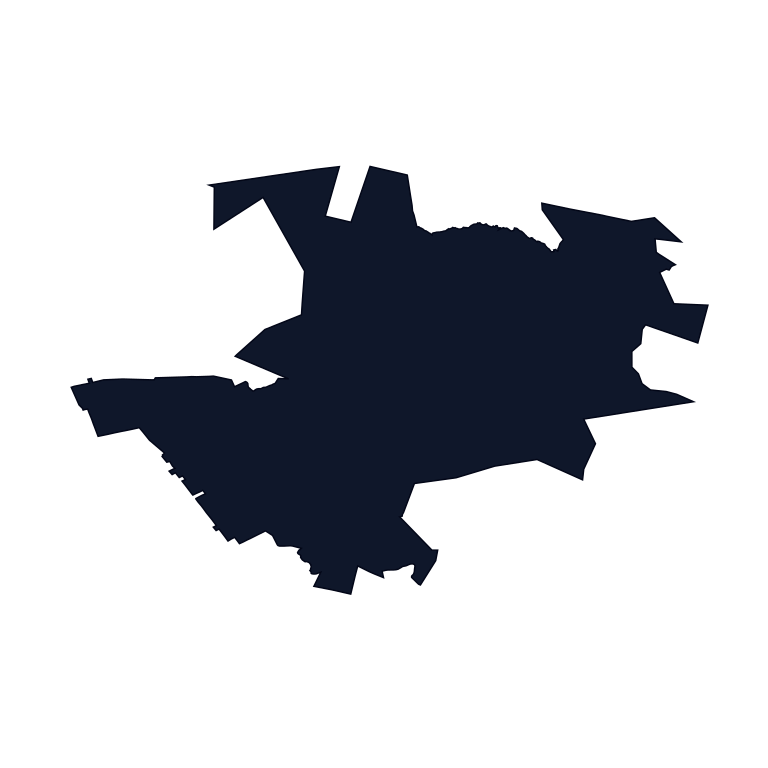 Peñón Blanco, Durango, Mexico (Equal Earth projection), rotated 99°
{"feature_id": "50627088B91446374874512", "entity_name": "Peñón Blanco", "entity_type": "district", "adm_level": 2, "iso_a3": "MEX", "parent_name": "Mexico", "parent_adm1": "Durango", "projection": "equal_earth", "projection_center": [-104.068, 24.769], "detail": "fine", "context": "isolated", "style": "filled", "palette": "ink", "viewbox_px": 768, "rotation_deg": 99, "n_neighbors": 0, "source": "geoboundaries", "source_scale": "gbopen_adm2", "svg_char_len": 6094}
<svg xmlns="http://www.w3.org/2000/svg" viewBox="0 0 768 768"><g transform="rotate(99 384 384)"><path d="M436.9,173.4L409.9,165.8L387.4,181.3L353.1,75.6L348.4,93.3L347.3,104.1L348.2,119.9L343.3,129.2L334.2,134.3L328.6,141.8L313.1,144.3L304.0,136.7L289.6,137.5L284.6,134.9L294.4,80.5L255.5,76.4L259.4,110.2L230.7,129.2L226.4,123.2L226.8,120.2L223.1,118.6L221.9,117.1L220.6,114.9L212.8,132.8L211.3,135.7L198.2,139.0L197.9,133.2L197.1,112.7L177.5,142.8L184.7,165.1L183.5,190.5L183.2,194.5L182.1,228.6L180.7,256.4L187.2,254.9L213.2,229.5L214.9,230.2L215.8,230.9L217.8,232.1L221.9,232.8L222.3,233.0L222.8,232.9L223.5,233.5L223.8,233.2L224.3,233.0L225.1,232.8L225.6,233.5L225.5,233.9L225.2,234.1L224.7,234.9L224.4,235.3L224.3,235.5L225.1,237.4L226.4,236.9L226.6,236.8L226.8,237.0L227.2,239.1L227.1,239.7L224.8,242.1L224.6,242.8L223.5,244.7L222.9,245.2L222.4,246.0L221.7,246.6L221.2,246.8L220.7,247.2L220.5,247.9L220.3,248.8L220.2,249.5L220.2,249.8L220.3,250.3L219.9,251.1L219.5,251.7L219.2,252.4L219.0,253.3L218.9,254.4L219.0,254.7L219.6,254.8L219.6,255.2L219.1,256.3L218.2,257.6L218.1,257.9L217.8,258.8L217.6,259.6L217.5,259.9L217.4,260.0L216.9,259.8L216.7,260.0L216.5,260.9L216.5,261.4L216.7,261.8L217.4,262.3L217.4,262.7L217.3,263.6L216.8,264.7L216.0,266.2L215.8,266.4L215.5,266.6L214.3,268.4L213.4,269.4L211.8,271.9L211.6,272.7L211.5,273.3L211.6,273.8L209.7,276.8L209.5,277.7L209.6,278.2L209.4,279.4L209.6,279.6L212.0,279.9L212.2,280.1L212.3,280.6L212.8,281.5L213.0,282.3L212.6,283.0L212.8,283.6L212.2,284.2L212.3,284.5L212.1,284.7L211.7,285.1L211.0,286.5L210.9,286.9L210.8,287.2L210.9,287.4L211.4,289.0L211.4,289.6L211.0,289.9L210.9,290.6L213.7,294.8L211.6,293.8L212.0,295.8L211.2,296.3L210.0,296.9L210.0,297.8L210.1,298.1L210.2,298.3L210.5,298.5L210.8,298.7L211.3,298.7L211.3,299.9L211.2,300.3L210.9,300.7L211.6,301.6L212.2,302.0L212.1,302.5L211.9,303.4L211.5,305.5L210.9,306.8L210.5,307.3L210.1,307.7L209.9,308.1L210.0,308.5L210.9,309.7L211.3,310.7L211.2,311.8L211.1,313.0L210.6,313.3L210.6,313.8L210.1,314.1L209.8,314.4L209.9,314.8L210.3,315.7L210.2,316.6L211.3,317.3L211.6,317.9L211.9,319.4L212.3,320.5L212.6,321.0L213.2,321.4L213.7,322.5L214.1,322.8L215.1,323.7L216.2,324.3L216.4,324.7L216.7,325.9L216.8,326.7L216.6,327.6L217.0,328.1L217.0,328.8L216.7,329.6L217.0,330.3L218.1,330.9L218.6,331.9L219.1,333.0L219.3,334.6L219.0,335.8L219.0,336.4L218.9,337.2L218.5,338.1L218.9,338.7L218.7,339.3L218.7,339.5L218.9,340.0L218.6,340.6L219.3,341.3L220.0,342.1L220.2,342.8L220.6,343.3L220.7,343.7L220.5,344.3L220.9,344.6L220.9,344.9L221.2,345.2L221.6,345.3L221.8,345.6L222.0,346.1L223.0,346.8L223.8,349.2L224.1,349.6L224.2,350.0L224.6,350.8L224.9,351.9L225.2,352.7L225.7,355.2L226.0,356.3L226.5,357.0L226.7,358.0L227.0,358.6L227.1,359.0L227.5,359.6L227.9,359.9L229.3,359.8L228.6,361.4L227.9,362.3L227.9,362.9L227.3,363.9L226.8,365.1L226.2,366.5L226.3,366.9L226.1,367.8L225.6,368.8L225.0,369.6L224.8,370.3L224.5,370.9L224.4,371.5L224.1,372.0L224.3,372.5L223.7,373.5L223.3,374.2L223.7,376.1L212.4,380.8L208.6,382.9L203.0,384.3L194.8,387.0L174.0,393.7L171.3,431.8L229.4,441.9L227.4,468.3L176.3,462.1L182.6,484.5L214.9,587.8L216.1,582.4L257.7,576.2L218.6,532.6L284.9,480.1L317.2,477.4L328.6,476.3L348.8,510.1L378.1,534.0L379.9,535.3L391.3,489.4L393.8,478.9L395.1,489.3L400.4,491.6L401.7,493.8L402.4,494.5L403.4,496.6L405.7,500.1L406.3,502.7L407.2,503.8L408.0,505.2L408.2,506.9L408.8,508.8L409.9,510.3L410.4,510.6L411.0,511.3L411.5,512.1L411.3,512.9L410.7,513.7L410.0,515.2L409.6,515.4L409.1,516.4L408.2,517.6L407.1,518.0L405.6,518.4L404.8,518.6L403.9,519.5L403.5,520.3L403.3,521.3L404.8,523.4L410.1,531.2L403.9,535.3L402.9,553.7L403.8,557.7L406.2,570.2L406.8,575.0L407.8,579.6L413.7,610.8L415.8,611.6L416.2,613.7L420.0,642.9L423.8,661.6L428.1,671.9L424.3,674.0L424.7,675.0L425.6,677.2L427.5,676.2L429.4,675.1L429.8,676.4L430.7,678.7L431.9,682.1L432.5,683.5L434.8,689.7L436.2,692.4L452.4,681.9L455.2,678.0L456.8,677.1L456.0,675.5L455.1,672.8L455.7,672.4L458.9,670.6L463.9,667.5L469.6,664.4L471.1,663.5L480.4,658.2L476.9,648.9L474.3,642.4L471.4,634.7L470.9,633.2L468.3,626.3L465.4,618.9L469.2,614.5L476.3,606.7L477.2,605.1L479.4,601.6L486.5,590.0L487.5,590.6L488.8,591.7L489.4,591.3L489.7,591.3L490.3,591.8L495.2,586.3L494.0,583.5L498.1,580.1L500.0,577.3L501.2,579.1L503.7,582.6L506.6,579.1L504.3,576.1L508.4,571.6L506.3,568.6L509.4,565.2L511.5,568.3L514.5,565.0L519.5,559.8L520.5,558.7L522.6,556.6L523.6,555.4L521.5,552.4L519.4,549.1L517.4,546.4L518.9,544.7L520.4,543.2L522.3,546.2L524.5,549.2L526.6,551.9L526.9,551.9L530.0,548.8L532.6,545.7L534.8,543.4L538.8,539.4L544.8,532.8L550.1,527.4L552.1,530.2L555.0,526.9L553.1,524.2L559.1,517.9L563.5,513.5L560.9,510.5L558.8,507.5L561.8,504.3L564.3,501.8L562.2,498.6L559.0,494.2L557.9,492.5L552.6,485.1L547.6,478.1L550.8,470.8L551.5,470.0L559.4,464.3L560.1,463.5L560.4,462.0L559.7,457.4L558.4,451.2L558.3,449.2L559.2,439.9L560.8,441.1L561.1,441.7L562.4,442.4L563.1,442.6L563.8,443.0L564.6,442.7L565.2,442.0L565.6,441.0L566.0,440.1L566.4,439.5L566.9,439.2L567.6,439.3L568.4,439.2L570.6,437.0L571.0,435.9L571.5,435.2L571.9,434.1L571.5,432.9L571.6,431.9L572.2,429.7L573.1,429.0L573.4,428.6L573.9,428.0L574.9,427.8L575.5,427.4L576.1,427.2L577.4,427.5L579.3,427.6L579.9,428.0L580.6,427.0L581.2,426.6L582.4,426.3L582.7,425.5L582.7,424.2L582.6,423.3L582.2,421.5L581.8,420.6L581.2,419.7L579.8,417.0L594.8,421.6L595.4,403.7L596.7,384.0L577.8,382.5L567.8,381.5L571.6,369.4L573.1,363.7L575.3,354.2L569.2,356.6L567.7,353.1L567.2,351.5L566.3,346.7L566.2,345.8L565.5,343.0L564.7,341.1L562.7,338.6L561.6,337.4L561.2,336.7L560.8,335.7L560.2,334.0L559.7,333.1L558.4,331.1L557.7,329.8L557.4,328.8L557.2,327.7L557.3,326.7L557.4,326.2L557.7,325.7L558.0,325.4L558.9,324.9L559.3,324.9L561.4,324.9L564.8,324.7L565.6,324.8L566.7,325.0L567.5,325.3L568.0,325.6L568.8,326.3L569.4,326.6L570.2,326.6L570.6,326.5L570.9,326.2L576.0,319.0L576.3,318.5L576.5,317.9L576.8,316.6L550.4,305.3L539.7,305.0L540.6,310.7L512.8,347.8L511.7,345.4L509.9,345.4L507.7,344.6L477.5,338.4L465.3,298.1L447.8,261.8L434.6,221.0L447.6,172.9L436.9,173.4Z" fill="#0f172a" stroke="#020617" stroke-width="1.5"/></g></svg>